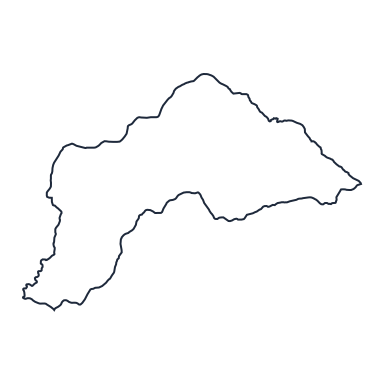 Charta, Santander, Colombia
{"feature_id": "7082276B80565100217249", "entity_name": "Charta", "entity_type": "district", "adm_level": 2, "iso_a3": "COL", "parent_name": "Colombia", "parent_adm1": "Santander", "projection": "mercator", "projection_center": [-72.993, 7.252], "detail": "fine", "context": "isolated", "style": "outline", "palette": "slate", "viewbox_px": 384, "rotation_deg": 0, "n_neighbors": 0, "source": "geoboundaries", "source_scale": "gbopen_adm2", "svg_char_len": 5911}
<svg xmlns="http://www.w3.org/2000/svg" viewBox="0 0 384 384"><path d="M291.7,120.6L288.5,120.4L286.2,120.8L285.3,120.5L284.3,120.5L282.6,121.5L281.9,121.6L280.1,121.2L278.5,121.8L278.2,122.0L277.5,122.1L277.1,121.7L277.2,120.9L277.7,118.8L277.5,118.6L276.5,118.5L276.3,118.2L276.0,118.2L275.2,118.7L273.9,118.2L273.1,119.2L272.4,119.3L270.9,120.1L270.7,121.1L269.8,121.4L268.8,120.8L268.0,118.6L266.5,116.9L264.8,115.9L262.0,112.7L260.3,111.9L259.3,110.5L258.9,109.5L257.2,107.2L257.0,106.0L256.5,105.3L254.6,104.2L251.9,103.1L251.3,102.5L251.0,101.6L249.9,100.4L249.5,98.6L248.5,97.2L248.0,95.1L247.6,94.7L246.3,94.1L241.9,94.1L241.4,94.0L240.9,93.4L239.7,92.9L233.4,93.6L231.5,91.9L230.2,90.1L230.1,89.4L228.6,88.5L227.6,86.9L226.0,85.9L222.8,84.3L221.3,83.7L219.5,82.6L213.6,76.7L211.5,75.5L208.1,74.3L206.9,74.1L203.6,74.0L201.4,74.5L199.4,75.7L198.7,76.4L197.6,77.2L194.1,80.7L193.5,81.1L191.0,81.5L188.6,82.2L188.0,82.5L187.2,82.6L185.2,83.4L184.1,84.1L182.3,84.8L179.7,86.4L178.5,86.8L175.8,88.7L174.1,90.9L173.5,92.9L171.6,96.1L170.4,97.4L169.4,97.9L167.7,99.6L163.1,105.5L161.7,108.4L161.7,108.2L159.3,114.9L158.6,116.1L158.0,116.7L157.0,117.1L156.2,117.2L150.8,117.2L146.9,117.8L141.4,117.5L139.1,117.2L137.4,117.8L134.8,120.3L132.2,123.6L130.6,124.6L129.3,125.0L128.1,125.9L127.8,126.7L127.7,128.3L126.6,133.7L124.8,136.4L122.6,139.1L121.4,140.3L119.7,141.6L116.7,141.9L114.2,141.9L108.8,141.7L106.3,141.3L104.5,141.2L101.3,143.0L99.3,145.1L98.0,146.1L95.7,147.4L94.0,147.7L86.6,147.7L85.9,148.0L85.2,148.0L76.5,145.8L73.6,144.2L72.2,143.7L71.8,143.7L68.2,145.1L66.7,145.5L63.3,147.4L63.0,147.9L62.7,149.3L60.5,151.7L58.7,155.5L54.1,162.7L53.2,164.9L52.5,168.1L52.3,171.6L51.8,173.5L51.1,174.5L50.9,175.5L50.9,178.8L50.7,180.3L51.0,182.8L50.9,186.4L50.6,187.2L49.7,188.7L47.3,191.7L46.8,192.7L46.8,195.7L47.2,196.9L49.2,197.7L51.8,197.8L51.9,201.9L52.9,205.0L53.4,205.3L54.8,205.6L56.9,207.6L57.8,208.2L61.0,211.2L61.5,212.0L61.5,213.2L60.8,214.3L59.6,217.7L59.6,218.9L60.0,219.9L59.8,221.3L58.5,224.7L56.1,227.6L55.4,228.9L55.3,229.6L55.3,232.3L55.8,233.7L55.8,234.3L54.4,237.6L54.1,241.7L53.8,243.0L53.5,243.2L53.5,244.6L53.9,246.4L54.7,247.7L54.7,249.0L54.2,252.1L54.2,253.2L54.5,254.0L54.1,254.6L51.9,255.8L50.2,257.6L48.3,259.1L47.0,259.6L46.8,260.0L45.9,260.1L45.2,259.5L42.6,259.4L41.2,260.4L40.9,261.1L40.8,263.5L41.0,263.8L42.0,264.3L42.5,265.0L42.6,266.9L41.7,268.4L41.6,270.4L40.8,271.1L38.5,271.2L38.1,271.6L38.1,273.0L38.7,274.3L38.7,275.5L38.4,276.1L37.4,276.9L35.6,277.3L34.9,278.1L35.2,279.7L36.8,281.3L36.9,281.9L36.7,282.5L34.6,283.7L32.5,285.8L31.9,285.9L29.7,284.4L28.6,284.1L26.6,284.4L26.3,284.9L26.3,285.6L26.9,286.3L26.9,287.0L26.1,288.2L25.9,288.4L24.0,288.4L23.3,288.9L23.2,289.8L23.8,290.6L24.3,292.3L24.6,295.3L24.4,296.5L23.9,296.9L23.3,296.9L23.1,297.2L23.0,297.7L23.6,298.2L24.7,298.7L25.7,298.8L27.5,298.2L29.0,298.2L30.2,298.4L31.9,299.3L33.0,300.4L35.1,301.8L38.5,303.2L39.9,303.6L44.7,303.5L45.9,303.8L47.0,304.6L50.9,307.0L53.5,309.1L54.2,310.0L54.8,308.8L55.6,308.1L58.3,306.7L60.4,305.1L61.2,304.0L61.8,302.5L62.2,301.9L62.8,301.2L64.0,300.3L65.9,300.2L66.6,300.4L67.8,301.0L68.8,301.8L70.5,302.5L71.7,302.8L74.9,302.7L76.5,302.9L77.7,303.5L79.0,304.5L80.1,304.6L80.6,304.4L82.3,302.9L84.9,299.3L87.5,294.2L90.4,289.5L91.4,289.0L93.2,288.8L95.2,287.8L99.0,287.5L102.2,286.0L106.1,282.7L107.7,280.6L109.1,279.2L110.0,278.7L112.0,275.3L113.8,272.8L114.2,271.8L115.0,267.0L116.1,264.3L116.3,262.4L117.0,260.8L117.3,259.5L118.7,258.3L119.0,256.1L121.7,252.4L121.6,250.1L120.5,243.9L120.9,239.2L121.4,238.5L121.7,237.4L123.4,235.4L124.6,234.4L125.7,233.8L128.4,232.9L129.3,232.0L132.1,230.3L133.6,228.9L135.9,224.8L136.5,221.5L138.3,219.0L138.8,218.1L139.0,216.2L139.3,215.6L140.3,214.9L141.9,214.6L142.7,213.5L144.0,212.4L145.1,210.8L145.8,210.2L147.2,209.8L150.3,210.1L153.1,211.5L154.9,212.9L155.2,213.0L161.0,212.9L162.1,212.0L163.5,208.5L166.2,204.1L166.6,203.1L167.1,202.5L169.2,200.7L170.0,200.3L172.9,199.9L175.0,199.1L176.0,198.3L177.6,196.0L178.6,195.0L183.6,192.6L186.5,192.2L189.4,192.2L190.9,192.6L191.4,193.0L195.0,193.3L197.9,192.4L198.5,192.6L200.1,194.3L200.7,195.4L201.5,197.5L203.0,199.8L204.2,203.0L208.9,209.5L209.7,211.2L211.0,213.1L211.9,214.0L213.2,215.8L214.2,218.1L214.7,218.6L215.3,218.9L217.3,219.0L219.0,217.8L219.7,217.6L221.7,217.4L223.4,217.4L228.5,221.0L230.0,221.1L232.0,220.5L234.2,219.2L236.3,218.7L237.3,219.0L238.0,219.6L241.5,219.6L243.8,219.1L244.6,218.3L246.9,214.8L252.8,213.3L255.2,212.1L256.7,211.6L259.7,209.5L260.4,209.4L261.1,209.0L263.1,206.7L264.5,206.1L266.5,206.0L267.6,206.5L267.9,206.8L268.4,206.8L269.6,206.5L272.7,204.9L274.8,205.1L275.4,204.5L277.5,203.1L277.9,203.0L280.7,202.5L281.3,202.3L283.3,202.2L284.1,202.4L287.1,202.3L289.8,201.3L296.4,199.8L298.2,198.9L299.0,198.7L301.9,198.5L302.8,198.2L308.6,197.4L310.1,197.3L311.6,197.5L314.3,198.6L313.9,198.6L315.8,199.5L317.4,200.7L319.8,203.2L321.1,204.1L321.9,204.3L323.2,204.3L325.0,203.0L327.0,203.0L328.5,203.9L330.0,203.8L330.2,204.0L331.0,204.1L332.2,203.1L335.3,202.9L335.7,202.6L336.1,201.1L336.6,199.9L336.4,197.2L340.4,190.6L340.7,189.9L341.1,189.4L343.8,189.3L345.6,189.5L346.4,189.8L349.2,190.0L351.1,190.0L353.6,189.0L355.5,187.4L356.9,185.5L357.5,185.1L361.0,184.0L360.6,182.9L358.7,180.9L353.1,178.2L349.6,175.4L348.5,174.1L348.9,174.3L348.5,173.8L348.5,173.1L347.1,172.2L345.5,171.7L344.9,171.3L344.6,170.8L343.8,170.0L343.2,169.7L341.5,167.2L340.4,166.6L339.4,166.5L336.5,164.3L333.9,161.8L333.8,161.4L332.4,159.6L331.7,159.5L330.1,158.6L327.2,157.6L325.4,156.4L325.3,156.1L324.7,155.7L321.9,154.1L321.6,153.6L321.7,152.5L321.5,150.2L320.8,148.7L320.6,147.5L319.1,146.5L317.1,144.6L315.8,142.9L315.1,142.5L314.8,142.0L313.5,141.3L311.5,141.4L311.4,140.7L310.2,139.5L309.7,138.2L307.9,136.2L305.0,132.4L304.8,129.0L303.8,127.1L302.4,125.2L300.2,123.9L296.8,122.8L293.0,121.0L291.7,120.6Z" fill="none" stroke="#1e293b" stroke-width="2"/></svg>